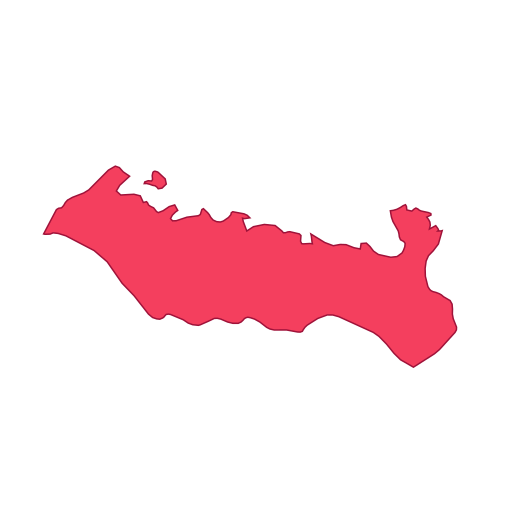 map outline of Blekinge (Natural Earth projection), rotated 193°
{"feature_id": "SWE-262", "entity_name": "Blekinge", "entity_type": "County", "adm_level": 1, "iso_a3": "SWE", "parent_name": "Sweden", "parent_adm1": "", "projection": "natural_earth1", "projection_center": [15.198, 56.256], "detail": "fine", "context": "isolated", "style": "filled", "palette": "rose", "viewbox_px": 512, "rotation_deg": 193, "n_neighbors": 0, "source": "natural_earth", "source_scale": "10m", "svg_char_len": 2963}
<svg xmlns="http://www.w3.org/2000/svg" viewBox="0 0 512 512"><g transform="rotate(193 256 256)"><path d="M467.9,229.7L460.9,256.3L459.1,258.1L456.3,259.2L454.8,261.9L453.8,265.2L452.2,268.1L448.0,271.9L438.1,278.6L433.8,282.8L419.1,306.5L413.3,311.9L409.0,311.4L404.3,308.1L397.1,305.3L404.7,294.2L406.7,287.9L401.5,285.0L388.8,288.7L382.3,288.6L377.8,282.8L374.9,284.3L373.5,283.3L372.2,281.5L369.8,280.6L366.6,279.9L362.9,276.9L361.0,276.3L356.7,279.2L351.7,284.6L346.7,287.5L342.5,282.8L344.3,280.8L346.7,277.0L347.7,273.2L345.2,271.5L341.7,272.4L332.0,278.3L321.2,282.3L319.6,283.9L319.2,289.1L317.9,290.3L312.8,287.3L310.8,285.7L308.7,283.4L305.9,281.4L302.1,280.6L298.4,281.1L295.7,282.7L291.5,287.3L289.8,290.5L289.8,292.6L288.6,293.9L277.2,294.4L273.7,293.7L270.6,291.8L275.6,289.8L277.6,289.8L276.1,286.6L270.6,278.3L265.1,284.0L255.0,288.6L244.2,290.0L236.4,286.2L234.5,284.8L232.4,285.4L230.5,286.6L228.5,287.3L218.8,287.3L216.8,286.1L215.9,280.4L214.3,278.3L212.5,278.5L206.3,280.3L203.8,280.6L204.7,282.6L206.5,287.8L207.5,289.8L192.0,284.6L183.0,283.4L176.5,286.2L170.8,287.3L162.4,286.1L156.0,286.3L156.4,291.8L151.4,293.4L147.1,290.9L142.6,287.2L137.1,285.0L124.4,285.1L118.4,287.2L114.4,291.8L113.6,294.6L113.1,298.4L113.5,301.8L115.2,303.3L118.8,304.3L120.6,306.8L121.7,309.8L123.1,312.5L130.3,320.4L132.8,324.4L135.3,330.3L132.4,331.4L129.1,333.3L126.2,335.8L123.9,338.2L121.9,339.6L120.6,338.2L119.4,334.8L114.3,334.8L112.5,337.3L111.0,338.7L108.8,338.2L107.0,337.3L105.0,337.0L97.8,337.1L95.2,336.7L94.7,335.3L98.4,332.3L96.2,330.5L94.2,328.2L93.1,325.2L93.1,321.3L87.7,326.0L84.9,323.6L83.8,322.1L84.4,321.3L81.2,322.1L80.3,322.6L81.0,308.7L84.5,300.9L88.0,295.1L89.1,289.4L88.4,281.9L86.4,274.3L81.6,264.8L79.4,262.6L77.7,261.6L75.6,261.1L72.4,261.0L68.9,260.5L66.6,259.8L64.1,258.5L56.8,256.2L54.1,253.2L52.6,248.5L51.6,243.6L49.7,239.2L44.6,231.8L44.1,229.1L44.9,226.3L56.2,206.1L60.1,200.9L77.6,183.1L91.8,187.4L99.6,192.2L109.1,199.6L118.2,205.4L124.7,208.0L161.6,215.5L167.9,215.8L173.3,214.6L181.7,209.1L190.6,200.1L192.3,197.5L193.3,195.0L193.9,193.0L195.8,191.8L198.5,191.3L209.6,190.8L221.6,188.0L226.1,188.0L229.6,188.9L237.3,192.5L243.2,194.2L247.4,194.6L250.2,194.5L251.9,193.6L253.2,192.4L254.2,190.5L255.7,188.3L258.2,186.4L263.5,185.2L268.9,185.3L276.1,186.6L279.7,186.6L282.6,185.8L287.9,181.6L295.0,176.3L296.5,175.5L302.2,174.8L307.0,175.4L312.5,177.5L326.1,179.8L328.2,179.7L330.3,178.9L331.2,177.5L331.7,176.3L332.2,175.5L333.0,174.6L335.5,172.8L338.6,172.4L342.9,172.8L347.7,175.2L365.9,189.9L380.3,199.3L399.7,216.9L415.0,224.9L445.8,232.9L453.9,233.5L458.9,232.9L461.6,231.0L466.5,229.7L467.9,229.7ZM375.7,302.0L378.9,302.0L381.2,301.4L381.0,303.2L378.0,305.1L374.6,305.6L374.0,307.3L375.2,310.9L375.3,313.8L374.9,315.1L373.6,315.9L371.2,315.8L370.1,315.5L361.8,310.7L359.6,305.9L362.8,301.0L366.4,299.5L368.0,300.8L370.1,301.7L372.7,301.6L375.7,302.0Z" fill="#f43f5e" stroke="#9f1239" stroke-width="1.5"/></g></svg>